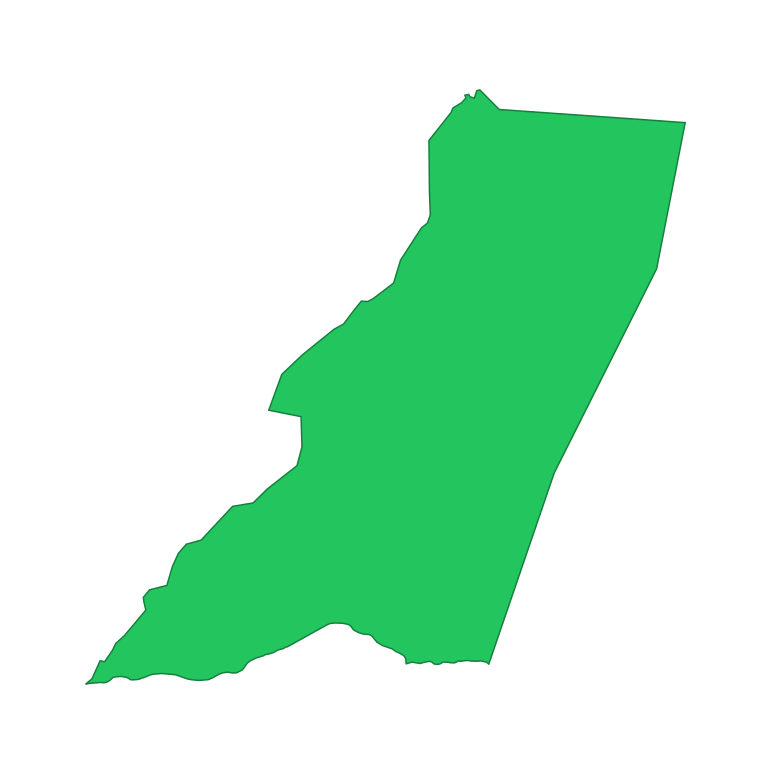 North Waghi District, Western Highlands, Papua New Guinea, rotated 86°
{"feature_id": "67681753B53127057906438", "entity_name": "North Waghi District", "entity_type": "district", "adm_level": 2, "iso_a3": "PNG", "parent_name": "Papua New Guinea", "parent_adm1": "Western Highlands", "projection": "equal_earth", "projection_center": [144.746, -5.814], "detail": "fine", "context": "isolated", "style": "filled", "palette": "green", "viewbox_px": 768, "rotation_deg": 86, "n_neighbors": 0, "source": "geoboundaries", "source_scale": "gbopen_adm2", "svg_char_len": 1931}
<svg xmlns="http://www.w3.org/2000/svg" viewBox="0 0 768 768"><g transform="rotate(86 384 384)"><path d="M662.7,702.7L662.1,698.7L662.0,686.4L662.4,685.8L662.4,683.1L661.9,681.0L660.7,678.4L657.9,674.7L657.5,673.6L657.4,666.6L658.9,660.7L661.3,657.4L661.6,655.3L661.6,650.4L661.1,647.7L660.3,646.1L660.3,644.5L658.3,638.7L657.4,634.9L657.3,625.8L659.5,612.3L664.6,600.4L665.7,596.1L666.8,589.1L666.7,580.5L666.3,578.4L665.5,577.3L665.5,576.2L662.2,569.3L661.0,565.6L660.5,560.2L661.7,555.4L661.8,551.1L659.3,545.1L653.1,540.0L651.1,537.3L648.3,530.4L646.6,522.9L645.8,521.9L645.3,517.6L644.1,512.8L642.0,508.5L640.8,502.6L639.5,500.5L639.5,498.9L619.9,456.9L619.1,454.2L619.0,449.4L619.8,441.9L621.3,436.5L622.9,434.3L627.2,431.5L630.3,426.6L631.9,422.3L632.6,419.0L632.6,417.4L633.4,415.3L634.6,413.6L640.9,409.2L644.8,403.8L648.7,394.5L651.8,390.7L653.4,387.5L656.1,383.6L657.3,382.6L659.7,381.4L663.1,381.4L664.4,381.3L664.8,381.9L663.4,375.5L665.3,367.6L664.3,362.4L663.8,358.0L664.8,355.4L666.6,353.9L667.4,351.1L667.2,347.9L665.5,344.3L666.0,340.0L666.5,337.9L666.9,336.0L667.1,333.0L665.5,329.0L666.0,327.0L665.7,324.4L665.6,319.7L666.5,316.2L667.1,309.5L667.0,306.6L668.7,301.1L670.7,299.0L589.7,264.8L484.6,220.4L288.1,104.0L144.3,65.3L118.2,249.9L97.3,267.9L97.9,271.0L105.1,273.9L103.6,278.0L101.0,279.3L101.6,283.2L102.7,282.8L104.3,282.2L108.9,287.1L113.4,295.9L117.9,298.2L144.2,322.2L160.1,323.1L194.1,325.2L218.4,326.0L226.4,329.4L230.8,335.7L261.5,358.8L284.0,367.4L298.2,389.0L300.6,394.6L299.7,400.7L307.4,408.0L321.4,420.2L325.7,429.7L349.0,463.1L367.3,485.3L402.1,500.8L410.8,469.0L441.0,470.2L459.4,476.5L480.7,507.9L493.5,522.8L495.5,543.6L527.0,577.4L530.0,592.3L538.5,600.9L551.3,607.8L569.8,614.7L572.9,632.1L580.1,639.0L584.5,638.7L592.9,637.4L616.9,660.5L624.1,669.7L630.6,673.4L635.3,677.1L641.5,682.0L640.3,686.5L657.7,695.9L662.7,702.7Z" fill="#22c55e" stroke="#15803d" stroke-width="1.5"/></g></svg>